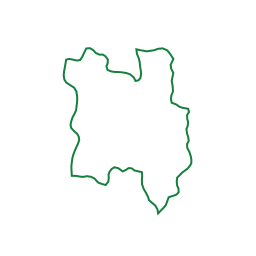 Fernandes Tourinho, Minas Gerais, Brazil, rotated 333°
{"feature_id": "56859067B23476537277650", "entity_name": "Fernandes Tourinho", "entity_type": "district", "adm_level": 2, "iso_a3": "BRA", "parent_name": "Brazil", "parent_adm1": "Minas Gerais", "projection": "natural_earth1", "projection_center": [-42.097, -19.105], "detail": "fine", "context": "isolated", "style": "outline", "palette": "green", "viewbox_px": 256, "rotation_deg": 333, "n_neighbors": 0, "source": "geoboundaries", "source_scale": "gbopen_adm2", "svg_char_len": 1983}
<svg xmlns="http://www.w3.org/2000/svg" viewBox="0 0 256 256"><g transform="rotate(333 128 128)"><path d="M104.0,39.0L101.8,41.9L99.4,45.1L96.7,48.6L94.5,52.1L93.3,55.9L93.6,59.4L96.1,63.8L98.3,67.6L98.6,71.9L97.0,76.9L95.1,80.6L93.3,83.4L91.6,85.9L89.8,88.6L86.7,91.1L83.5,93.3L80.8,95.9L78.3,99.0L77.4,102.2L78.5,106.3L80.1,110.1L80.1,113.7L79.0,116.7L76.3,119.3L72.7,122.1L69.7,124.7L67.4,126.7L65.0,129.3L62.4,133.0L60.2,136.3L58.2,140.6L56.2,145.1L60.0,147.1L63.6,149.8L66.0,151.3L69.4,152.2L72.9,154.7L75.2,157.8L76.6,163.0L79.2,165.9L82.3,168.7L86.1,166.8L88.2,163.8L89.5,160.7L91.7,158.6L94.9,157.1L98.0,156.8L101.1,159.4L103.6,164.3L107.4,164.4L110.3,164.0L112.9,165.5L114.6,168.9L117.3,171.1L120.3,173.6L118.9,177.2L116.6,180.9L114.9,184.7L114.3,189.5L114.6,194.1L114.6,198.2L114.0,201.9L115.6,205.9L117.1,209.5L117.3,213.8L116.1,217.8L121.3,215.9L123.9,215.1L126.7,213.9L129.9,210.9L132.8,208.2L135.7,208.6L138.5,209.1L141.3,209.3L143.9,208.3L145.4,205.1L145.7,201.5L147.0,198.0L149.2,194.6L152.9,193.4L156.1,192.3L159.2,191.8L162.6,191.3L165.6,189.9L168.3,188.3L170.0,185.2L171.1,181.8L171.8,177.4L171.8,172.5L173.4,169.1L176.3,167.0L177.5,163.5L178.2,159.3L179.6,155.5L181.9,153.5L184.2,150.3L184.9,146.7L186.6,143.2L189.6,141.5L190.3,138.2L185.9,134.9L183.4,132.3L181.7,129.0L178.4,125.3L179.4,121.7L181.3,118.8L184.7,115.8L186.9,110.8L188.2,106.1L190.6,103.0L193.4,99.5L193.4,94.7L194.7,91.0L197.2,89.1L199.8,87.1L199.2,81.5L198.2,76.6L195.1,72.8L190.8,71.1L186.6,70.6L183.1,69.4L179.7,68.3L176.5,65.9L174.0,64.0L171.2,61.7L169.6,66.1L169.3,70.5L168.3,74.7L166.7,78.7L165.7,81.9L164.6,85.1L161.8,89.1L158.9,90.3L156.1,89.5L156.1,85.5L154.2,81.1L151.4,78.2L148.8,76.3L146.1,74.5L143.4,73.0L140.5,71.3L138.2,69.5L136.1,66.7L136.9,63.1L139.2,61.2L141.1,57.9L140.5,53.9L138.8,51.1L135.9,49.7L133.4,46.6L132.2,42.5L130.2,39.5L126.9,38.2L123.0,41.1L119.3,44.0L116.2,45.7L113.1,44.7L109.6,41.8L107.2,39.9L104.0,39.0Z" fill="none" stroke="#15803d" stroke-width="2"/></g></svg>